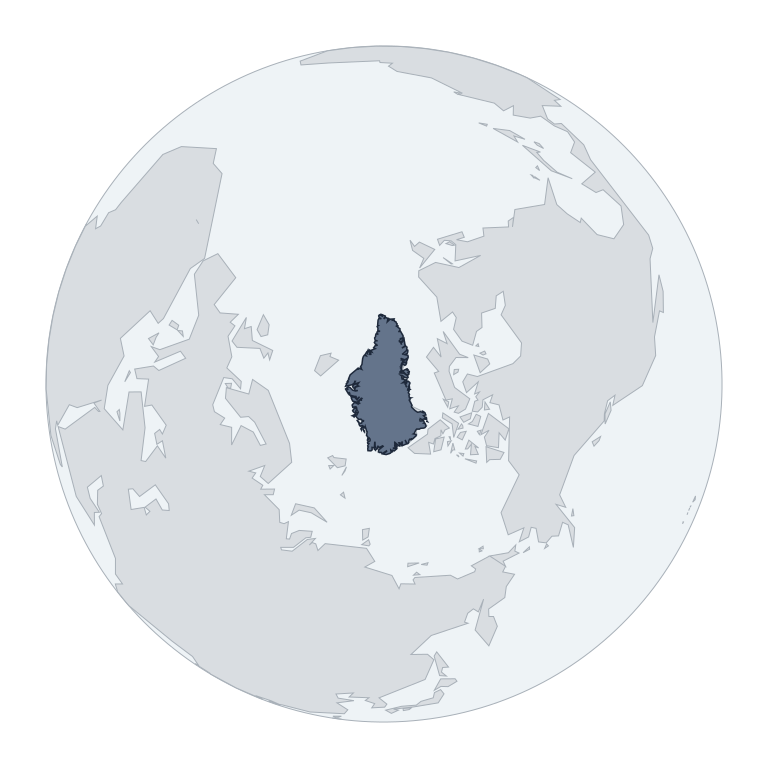 the Earth from above Greenland, rotated 172°
{"feature_id": "GRL", "entity_name": "Greenland", "entity_type": "country or territory", "adm_level": 0, "iso_a3": "GRL", "parent_name": "North America", "parent_adm1": "", "projection": "orthographic", "projection_center": [-41.68, 71.708], "detail": "fine", "context": "on_globe", "style": "filled", "palette": "slate", "viewbox_px": 768, "rotation_deg": 172, "n_neighbors": 0, "source": "natural_earth", "source_scale": "50m", "svg_char_len": 16557}
<svg xmlns="http://www.w3.org/2000/svg" viewBox="0 0 768 768"><g transform="rotate(172 384 384)"><circle cx="384" cy="384" r="338" fill="#eef3f6" stroke="#a8b0b8"/><path d="M207.0,671.9L199.6,667.2L170.0,641.2L175.8,641.2L170.2,634.4L188.5,637.7L185.1,623.8L179.0,617.7L172.1,617.3L152.9,593.1L148.2,577.3L101.2,494.6L99.0,480.9L103.1,471.0L109.2,407.4L96.5,453.9L94.7,436.9L97.4,415.9L101.0,418.1L109.6,393.0L111.0,374.4L128.4,346.4L160.4,331.0L156.8,340.8L164.9,336.3L169.9,323.8L171.1,316.8L205.7,286.8L225.5,249.8L221.2,236.6L230.4,240.9L215.2,215.3L219.2,195.8L221.2,218.9L226.4,222.2L232.3,209.3L238.9,209.9L245.5,204.1L252.9,206.1L253.5,219.9L258.2,221.6L262.1,212.4L272.0,208.9L265.5,222.1L282.0,217.4L286.0,240.3L262.8,275.3L271.3,290.7L264.2,333.9L271.2,331.8L273.0,347.3L281.7,350.8L277.9,358.2L288.2,354.6L290.0,347.3L295.1,343.3L300.4,344.8L296.5,354.3L293.2,355.0L294.9,358.6L290.6,362.8L295.7,361.5L290.3,373.1L303.5,364.0L305.7,375.2L300.0,382.3L290.5,378.4L253.5,386.2L244.8,392.7L242.1,405.6L258.4,436.2L252.9,445.0L253.0,459.2L260.6,455.7L263.3,443.4L277.5,440.7L279.1,426.3L285.1,423.2L290.8,410.0L300.8,415.6L307.5,428.4L303.2,439.7L306.1,445.8L318.9,438.1L319.6,462.7L334.8,485.1L333.8,491.3L316.0,497.2L293.6,488.9L270.4,497.9L296.5,496.0L293.5,512.0L297.6,516.4L304.2,517.9L309.6,513.5L310.9,519.9L285.6,523.9L284.1,518.1L292.1,516.8L281.5,513.2L264.5,516.5L264.3,524.7L238.8,522.2L238.3,528.1L232.5,531.0L234.9,521.7L230.1,538.6L200.0,539.4L192.8,565.4L187.9,537.6L178.9,527.0L167.2,516.6L165.6,520.8L152.2,502.3L136.1,495.8L124.5,508.5L124.5,527.3L140.0,545.9L147.4,544.1L160.3,554.7L145.3,564.4L167.0,587.1L161.6,597.1L167.1,608.3L179.4,615.9L191.6,627.4L202.3,627.0L218.6,632.3L217.1,641.6L227.6,637.9L235.7,646.8L269.3,660.1L266.3,661.3L294.4,680.5L327.6,691.7L335.3,698.1L331.0,700.5L343.2,702.9L343.4,704.7L394.0,709.6L421.8,711.5L422.1,715.4L401.3,720.1L393.5,721.8L369.0,721.6L344.7,719.6L320.5,715.9L296.6,710.4L273.2,703.3L250.4,694.4L228.3,683.9L207.0,671.9ZM92.0,226.1L94.8,224.0L91.1,229.8L92.0,226.1ZM97.9,219.7L96.7,221.0L98.0,219.3L97.9,219.7ZM99.8,216.5L98.5,218.8L99.8,216.3L99.8,216.5ZM102.1,212.3L101.0,214.5L101.0,214.3L102.1,212.3ZM188.7,571.9L213.7,601.1L196.8,591.9L200.5,592.1L194.7,583.1L183.0,569.6L169.0,561.1L188.7,571.9ZM106.6,205.7L107.8,204.0L107.0,205.9L106.6,205.7ZM205.8,568.3L201.2,564.0L206.1,567.2L205.8,568.3ZM170.6,313.6L169.3,323.6L162.4,334.8L162.8,326.3L170.6,313.6ZM184.7,293.2L185.9,297.8L176.8,301.9L178.9,298.0L184.7,293.2ZM216.7,227.2L214.3,234.3L214.3,227.2L216.7,227.2ZM245.2,203.0L243.7,200.8L247.8,198.8L245.2,203.0ZM284.9,407.9L287.7,409.0L285.2,410.8L284.9,407.9ZM284.7,401.2L279.7,402.6L278.8,399.7L281.9,398.9L284.7,401.2ZM262.8,200.1L269.7,197.6L262.7,202.5L262.8,200.1ZM291.0,400.2L277.9,394.3L276.5,389.2L287.2,381.8L291.0,400.2ZM273.8,197.8L290.7,192.0L289.0,186.5L303.3,199.0L284.3,199.6L275.9,206.3L277.7,200.3L273.8,197.8ZM288.2,344.3L286.5,352.2L283.0,344.3L288.2,344.3ZM284.7,340.3L266.6,322.3L271.8,311.6L276.8,319.7L279.5,305.0L291.0,308.6L292.0,317.4L286.4,323.6L295.1,320.3L284.7,340.3ZM308.6,207.0L312.7,207.7L308.5,209.6L308.6,207.0ZM296.9,341.2L292.7,338.4L296.9,328.9L305.9,332.7L301.7,334.6L296.9,341.2ZM274.7,299.5L279.4,293.2L289.9,294.4L293.2,292.1L291.7,307.7L274.7,299.5ZM303.4,337.5L310.4,335.0L313.3,340.8L301.2,343.3L303.4,337.5ZM294.2,324.8L296.6,320.6L298.2,324.2L294.2,324.8ZM327.4,360.7L322.4,357.3L324.1,352.1L327.4,360.7ZM312.8,333.7L311.8,331.7L311.9,329.3L317.0,328.9L312.8,333.7ZM299.2,307.5L302.6,309.4L300.4,301.2L308.2,301.9L305.8,312.3L310.1,308.1L312.5,308.3L307.8,316.6L299.2,307.5ZM322.4,321.4L322.1,335.1L331.0,342.4L329.7,347.2L315.6,334.7L322.4,321.4ZM314.3,317.8L319.0,321.1L315.0,325.4L309.2,325.7L314.3,317.8ZM314.3,298.7L303.0,294.9L303.9,292.8L314.3,298.7ZM325.8,322.6L325.8,319.3L326.9,322.7L325.8,322.6ZM318.8,305.1L314.6,304.0L315.8,301.6L318.8,305.1ZM329.3,313.7L329.2,318.1L325.3,318.4L329.3,313.7ZM325.1,309.1L327.7,306.1L324.0,315.9L323.1,308.9L325.1,309.1ZM320.5,303.0L319.9,301.2L322.1,303.8L320.5,303.0ZM344.2,310.0L340.5,322.4L331.8,323.1L336.7,310.9L344.2,310.0ZM596.1,120.9L596.8,122.0L610.1,133.4L607.0,131.6L611.5,140.8L629.5,158.7L659.6,191.4L667.3,199.8L670.2,204.3L676.7,215.2L677.9,223.4L670.8,222.4L676.4,233.2L674.2,248.7L684.6,292.3L681.7,295.0L684.6,304.7L682.3,318.6L676.1,322.0L676.7,332.7L692.1,323.1L690.9,311.6L683.7,296.6L688.7,297.1L690.4,284.6L704.4,315.5L712.6,387.2L706.0,383.7L673.7,401.1L670.6,396.6L670.1,396.5L669.2,396.4L673.9,405.5L665.9,407.4L691.1,403.3L698.5,407.3L712.8,388.6L713.3,393.1L715.6,385.2L714.1,346.6L715.7,349.4L721.0,379.4L719.3,425.9L715.4,450.1L709.7,474.0L702.3,497.4L693.3,520.2L682.6,542.2L670.3,563.5L656.5,583.8L657.4,582.1L644.6,590.2L648.0,577.9L642.6,579.9L632.8,592.0L625.6,593.9L618.9,600.4L571.0,642.1L551.6,647.3L517.2,640.4L522.4,626.2L515.1,614.9L544.2,533.3L559.7,525.3L593.3,479.5L599.2,475.5L605.4,489.1L638.7,465.9L637.5,447.9L657.6,421.1L664.5,398.5L649.0,374.9L637.6,411.6L625.6,410.0L626.7,373.9L635.2,342.0L630.8,340.4L617.0,354.3L610.4,340.9L611.3,358.6L617.3,355.9L618.0,367.0L612.5,370.2L610.4,365.3L605.4,373.5L616.8,395.5L624.2,395.2L616.4,421.6L627.9,423.7L628.8,433.5L609.8,433.9L605.1,428.7L576.8,437.1L581.0,444.8L608.0,437.6L603.4,442.6L609.3,453.5L601.2,449.2L570.6,455.5L557.9,477.9L556.5,519.1L546.0,531.1L530.4,536.2L516.0,509.9L541.1,486.3L536.4,477.2L518.5,473.3L527.7,466.6L523.5,462.3L531.8,453.0L530.9,432.1L537.4,421.8L525.0,406.4L526.7,399.2L533.6,410.3L541.8,412.7L556.5,387.3L555.8,380.2L546.5,372.4L551.8,366.6L540.9,362.3L543.4,344.8L531.3,362.7L520.1,354.6L515.0,340.4L509.1,341.0L517.4,364.2L522.6,370.6L530.6,371.0L543.0,391.9L540.6,402.3L519.3,392.9L513.5,406.8L499.5,393.8L485.8,338.3L486.3,319.3L512.5,301.6L519.4,309.6L513.4,319.9L530.0,316.5L523.4,313.8L527.7,309.2L518.1,300.6L520.7,297.0L507.0,295.2L509.1,289.8L517.8,291.0L505.3,274.2L506.5,261.5L502.4,259.6L497.8,261.0L502.3,244.3L499.1,243.6L496.4,248.8L488.3,250.8L475.6,248.1L477.9,242.4L482.8,242.6L496.4,234.8L509.0,236.6L508.6,234.0L498.2,231.2L481.6,240.7L473.4,240.6L480.4,234.9L477.2,237.0L473.8,235.2L472.6,228.3L464.5,234.1L424.2,223.7L417.8,209.6L428.5,205.4L402.8,193.3L397.6,179.1L395.1,183.8L381.1,181.6L382.5,186.0L380.3,188.1L344.9,185.4L338.3,180.7L320.3,185.5L319.0,188.1L322.8,191.8L303.3,199.0L289.0,186.5L292.6,181.4L281.2,177.4L291.1,166.4L294.1,155.7L311.7,146.6L312.5,139.2L307.9,138.5L305.5,128.3L316.6,110.1L328.0,127.7L315.3,157.1L322.3,145.2L326.8,148.9L333.0,145.3L337.4,137.0L334.1,135.4L372.2,128.4L394.9,112.4L378.5,110.3L373.0,104.0L384.4,85.7L432.6,73.9L425.7,66.6L428.3,63.9L441.2,65.0L437.7,68.8L446.6,73.2L442.6,75.4L462.1,78.9L457.3,82.3L474.7,83.7L473.1,79.3L457.8,74.6L475.0,74.8L465.2,66.4L469.2,63.0L502.9,69.5L529.4,80.4L532.1,81.2L540.0,86.1L554.6,93.3L548.0,88.6L572.8,103.7L596.1,120.9ZM545.2,568.5L547.1,573.0L545.2,568.5ZM651.8,315.4L651.9,294.9L638.7,295.2L637.6,287.4L633.5,290.5L637.7,295.3L625.8,301.9L621.1,290.1L614.3,288.6L614.0,295.4L624.5,316.0L641.7,306.6L647.3,315.2L651.8,315.4ZM270.5,660.4L274.3,663.6L268.7,661.7L270.5,660.4ZM193.2,595.0L199.1,599.2L201.8,603.0L196.9,600.5L193.2,595.0ZM246.5,625.1L253.9,629.4L245.6,626.8L246.5,625.1ZM218.0,605.0L240.4,621.9L224.3,617.5L210.3,606.7L220.8,611.5L218.0,605.0ZM200.2,573.7L203.6,577.2L201.7,578.7L200.2,573.7ZM209.3,570.6L207.7,569.9L206.6,566.7L209.3,570.6ZM294.9,511.7L297.0,511.6L303.1,514.4L299.1,515.7L294.9,511.7ZM337.1,512.3L338.2,522.8L334.6,516.0L329.2,519.6L315.0,510.2L332.6,493.9L327.1,502.9L337.1,512.3ZM300.8,493.5L307.9,501.0L299.5,493.5L300.8,493.5ZM492.3,448.9L499.2,448.1L502.1,455.5L493.8,469.4L489.5,458.7L492.3,448.9ZM508.3,445.4L489.5,432.7L493.9,423.8L494.6,430.9L499.4,426.3L501.9,436.5L524.5,440.8L528.5,447.7L511.0,469.1L514.5,458.2L507.5,459.4L508.3,445.4ZM433.7,418.7L425.6,413.9L445.6,400.8L450.9,406.9L443.0,420.9L432.1,421.9L433.7,418.7ZM312.4,388.6L308.0,388.2L309.1,385.5L313.7,383.6L312.4,388.6ZM324.9,359.5L332.7,387.9L328.1,388.8L338.2,404.8L329.9,413.4L323.7,402.7L324.9,421.5L315.9,415.2L318.1,427.8L305.0,403.0L296.9,398.4L309.0,400.2L316.8,392.4L317.8,387.6L314.6,370.8L301.1,357.4L306.8,347.8L314.3,344.6L318.4,346.4L313.4,352.0L322.4,350.3L318.4,359.8L324.9,359.5ZM399.2,316.8L391.8,321.8L409.2,321.5L405.3,330.4L407.5,329.8L408.7,338.0L414.0,347.1L410.7,350.5L414.2,352.6L415.0,358.2L418.7,362.2L414.2,370.0L418.3,375.6L413.8,376.1L422.1,383.8L413.9,381.6L414.2,388.9L422.0,387.2L388.6,420.7L380.9,437.0L379.0,451.9L365.1,446.6L358.1,429.4L356.1,407.8L365.5,393.1L357.5,393.5L359.6,386.7L365.0,389.2L358.0,381.2L361.2,376.3L359.4,358.1L347.3,350.0L346.3,343.3L352.7,344.0L347.3,336.8L358.7,333.7L358.3,328.9L369.1,321.1L381.6,325.5L380.2,319.8L388.3,313.9L399.2,316.8ZM347.6,308.1L363.4,311.0L369.1,317.5L347.9,328.3L346.7,333.1L333.3,340.7L325.4,331.3L330.0,330.0L332.6,326.5L334.0,330.8L334.8,324.8L341.1,322.9L343.4,317.7L347.9,320.0L347.6,308.1ZM599.7,466.0L603.1,462.1L607.1,454.9L610.9,461.8L599.7,466.0ZM579.1,470.8L581.3,466.4L588.6,472.3L585.0,476.5L579.1,470.8ZM576.2,459.1L580.8,465.7L576.2,464.6L576.2,459.1ZM534.9,405.9L536.5,401.0L539.1,402.0L541.1,406.6L534.9,405.9ZM450.0,318.7L444.8,320.3L443.8,318.1L431.9,315.0L433.9,308.4L441.8,307.6L450.0,318.7ZM650.7,384.1L652.3,393.7L649.7,395.6L649.6,391.9L650.7,384.1ZM633.5,430.6L640.4,422.3L634.4,432.6L633.5,430.6ZM450.1,310.9L445.0,310.3L449.2,307.3L450.1,310.9ZM434.7,303.3L438.5,299.3L432.7,307.2L434.7,303.3ZM534.2,81.6L542.6,86.0L541.9,85.9L530.7,80.4L534.2,81.6ZM472.4,61.0L475.8,60.3L478.6,60.7L480.8,62.2L472.4,61.0ZM459.6,255.0L474.0,266.6L485.6,270.9L494.1,266.9L488.2,277.7L470.3,271.0L459.6,255.0ZM428.4,228.0L420.9,231.9L420.0,227.3L421.5,225.8L428.4,228.0ZM426.8,232.4L425.6,242.8L418.6,243.1L421.0,234.8L426.8,232.4ZM438.5,276.4L442.6,280.3L439.1,282.5L438.5,276.4ZM481.6,60.5L480.9,60.3L472.7,58.0L474.2,58.4L481.6,60.5ZM410.3,57.9L410.3,60.0L402.0,59.5L404.3,58.1L410.3,57.9ZM374.7,60.7L399.7,60.1L419.8,60.7L415.1,59.0L422.5,56.8L427.8,60.8L411.4,62.4L396.7,61.5L391.5,64.6L378.9,66.4L377.0,71.4L370.5,73.5L367.7,68.8L374.7,60.7ZM376.8,73.7L368.9,84.1L354.6,82.2L353.1,79.5L362.7,75.4L369.7,76.6L376.8,73.7ZM362.8,86.1L369.5,87.5L372.2,107.6L369.1,111.4L359.5,94.7L365.4,95.1L367.2,90.7L362.8,86.1ZM313.0,204.5L312.8,207.4L310.2,205.1L313.0,204.5ZM381.4,190.6L377.9,193.1L375.0,190.2L381.4,190.6ZM366.6,198.6L372.3,200.1L365.3,200.9L366.6,198.6ZM385.2,203.2L374.1,201.9L386.0,199.8L385.2,203.2Z" fill="#d9dde1" stroke="#a8b0b8" stroke-width="1"/><path d="M391.7,313.8L394.9,314.9L390.8,316.8L390.9,317.4L395.5,315.3L396.4,316.8L397.9,316.8L399.0,317.6L398.4,319.5L393.5,322.4L394.0,323.0L397.4,321.8L398.6,323.2L399.1,322.6L399.1,321.1L400.2,320.5L400.6,321.1L401.1,322.4L401.4,324.0L401.0,327.2L401.2,328.1L402.4,322.3L404.7,322.9L404.9,320.4L406.2,319.6L409.2,320.2L409.0,322.9L408.2,323.9L408.7,324.5L408.8,325.1L407.3,327.0L408.4,327.5L408.4,328.6L405.7,329.7L405.5,331.3L406.1,332.6L406.9,332.5L407.7,334.6L408.5,335.4L407.3,339.1L407.7,339.6L408.5,344.6L409.1,343.1L411.1,343.6L411.7,344.2L410.0,344.6L411.0,345.8L413.4,345.6L413.9,346.2L414.3,347.4L414.3,348.3L411.6,348.4L410.7,350.2L409.6,349.9L409.4,350.6L410.6,350.9L411.7,352.4L414.1,352.5L414.3,353.2L415.4,354.3L416.1,355.7L416.6,357.5L415.0,357.2L413.9,359.4L412.9,359.2L414.0,359.8L414.8,358.8L415.6,360.2L415.5,361.2L415.8,361.2L415.8,359.1L416.4,358.8L418.3,360.8L418.8,361.9L416.5,364.2L415.0,363.9L414.8,362.5L414.3,362.1L414.7,363.1L414.3,363.9L414.7,364.3L414.7,365.1L415.2,365.4L418.2,365.3L418.5,367.6L416.2,369.6L414.6,369.3L412.4,367.7L411.9,368.9L410.2,367.8L411.8,369.3L410.2,371.5L408.0,370.9L409.4,371.7L407.9,372.8L408.4,373.1L413.1,369.7L417.4,371.4L418.3,374.3L418.0,374.7L418.4,376.0L414.7,374.8L412.9,372.0L410.0,374.8L412.8,372.9L413.7,375.1L413.0,376.0L414.0,375.5L419.7,377.9L419.2,379.6L419.5,380.2L419.8,380.9L419.7,379.8L420.6,379.2L422.8,384.4L421.3,385.3L420.5,383.1L420.8,385.6L419.6,386.0L418.1,385.2L416.0,382.3L413.1,381.0L410.8,381.2L413.3,381.5L413.9,382.6L412.5,384.9L409.3,385.4L410.3,386.1L410.2,387.3L408.7,388.9L413.7,388.0L412.0,390.6L412.6,390.7L413.0,389.3L415.6,387.7L422.3,387.2L421.1,389.0L421.3,389.5L419.8,390.3L420.3,391.1L419.2,391.4L419.5,392.2L418.0,393.8L418.3,394.2L416.2,397.8L409.0,402.3L407.8,402.2L408.2,402.9L407.4,403.4L404.2,401.7L404.7,402.7L404.3,403.0L404.9,404.2L403.1,406.5L401.6,412.2L400.6,414.1L399.4,415.3L397.7,414.4L398.4,416.1L396.8,418.0L396.3,417.0L396.1,418.3L395.1,417.9L393.6,419.7L392.9,419.0L394.4,415.4L392.3,415.1L393.3,415.8L392.5,417.9L391.6,417.4L392.4,419.1L387.7,420.2L389.2,421.4L387.5,423.1L385.5,423.3L385.8,424.2L386.6,423.9L387.8,426.5L386.3,428.0L384.3,427.6L386.7,428.5L386.9,430.9L385.7,432.2L385.5,433.6L384.8,434.8L382.7,433.9L384.1,435.3L383.4,436.7L380.6,436.8L382.7,437.7L382.2,440.1L382.8,441.8L381.5,442.6L382.2,442.8L381.0,448.1L380.0,449.5L377.5,449.0L379.5,450.3L379.8,452.2L379.2,452.9L377.3,452.3L378.1,453.3L377.4,453.5L375.9,452.8L376.6,450.8L375.4,452.3L373.2,451.1L373.3,450.1L374.4,449.7L375.1,448.5L373.2,449.7L371.4,448.6L371.2,447.6L372.1,445.1L369.1,447.2L365.3,447.1L366.6,445.9L364.9,445.7L364.9,444.6L363.5,443.9L363.3,442.5L362.7,442.0L363.0,441.5L362.7,440.3L364.3,439.3L362.1,439.5L362.4,438.2L360.5,436.5L360.8,435.1L362.4,433.4L360.6,434.5L358.5,429.3L358.6,427.2L362.1,426.5L361.5,426.5L361.7,425.9L358.7,426.7L358.4,426.0L359.9,424.1L361.4,423.7L362.2,423.8L362.9,425.2L362.8,423.7L361.9,423.2L361.1,420.5L361.4,423.0L360.0,423.7L360.3,422.9L360.0,423.0L357.9,425.8L357.9,420.3L357.4,419.1L361.3,417.1L357.5,418.4L356.1,417.3L356.7,415.2L356.2,414.6L362.0,410.7L357.2,413.9L355.7,413.9L356.0,412.4L356.7,411.1L359.4,410.2L356.5,409.1L356.2,408.1L356.8,406.5L360.0,405.1L363.9,407.1L362.9,406.0L363.4,405.4L360.4,404.7L357.0,405.8L359.1,402.2L362.3,403.7L363.5,402.0L361.1,402.6L358.7,401.6L359.7,400.0L360.7,399.6L362.6,400.9L363.7,400.7L364.6,399.7L363.6,399.9L364.3,397.7L366.0,397.7L364.4,397.2L365.4,394.6L366.4,394.0L366.2,393.1L366.7,392.7L362.9,391.9L359.8,389.1L359.2,387.3L360.0,386.7L362.5,387.7L364.7,389.9L366.3,390.4L365.2,389.1L365.6,387.6L364.7,386.5L366.1,386.8L362.6,385.1L362.5,384.3L365.4,382.6L362.2,382.6L363.0,381.4L362.7,381.4L362.4,378.4L362.8,378.0L362.2,378.2L362.6,380.8L361.3,382.0L361.1,383.1L359.7,383.4L358.3,381.9L358.3,381.1L359.5,378.8L360.7,377.6L359.2,378.3L359.2,377.6L359.9,377.5L359.5,376.8L360.8,376.3L361.5,374.7L360.1,373.6L361.2,371.9L360.2,370.2L360.9,369.2L360.8,366.9L359.2,366.5L360.2,366.2L360.5,365.0L361.3,364.6L359.2,359.0L359.9,358.3L359.8,357.1L357.0,353.4L354.6,351.3L351.5,351.5L349.4,350.2L349.4,351.6L349.2,351.5L347.6,350.0L346.9,347.6L349.3,347.1L347.6,345.2L348.3,344.4L346.7,344.7L346.8,343.1L349.7,343.8L351.1,343.3L352.9,344.7L353.1,344.1L353.6,343.5L353.4,342.3L349.9,342.1L349.3,340.1L350.1,339.7L348.8,339.2L348.2,336.4L349.5,335.1L350.7,334.8L354.0,335.0L355.1,334.4L358.0,334.8L359.2,333.6L361.0,330.8L361.8,330.5L359.2,329.6L359.4,328.3L363.5,325.5L364.3,325.5L364.5,326.6L364.8,325.5L365.2,324.9L366.4,325.7L367.2,324.4L367.8,322.4L368.7,321.7L369.6,322.2L370.9,325.7L369.8,321.6L374.0,320.5L374.4,321.7L373.9,324.6L374.6,323.5L374.9,322.5L374.8,322.1L375.1,320.9L376.4,323.6L377.5,323.7L376.8,321.7L376.8,320.4L377.6,320.4L381.4,324.8L381.6,324.4L381.6,323.0L382.0,321.4L382.0,320.8L381.1,319.2L384.2,319.3L380.5,318.0L383.1,316.3L384.3,317.2L384.9,315.9L386.5,317.8L386.6,316.8L386.0,315.6L387.4,314.6L391.7,313.8ZM361.0,390.6L363.0,393.4L363.1,394.6L359.0,395.9L358.3,394.9L359.4,394.8L359.1,394.3L357.2,392.8L357.7,391.5L358.6,391.7L357.9,390.4L359.0,389.6L361.0,390.6ZM414.9,384.4L415.4,386.0L414.1,387.5L410.6,388.2L410.8,385.5L412.8,385.3L414.0,383.9L414.9,384.4ZM381.4,323.1L380.0,321.4L379.7,319.9L380.5,319.5L381.5,320.8L381.6,321.2L381.4,323.1ZM408.3,330.7L407.6,332.3L406.8,331.8L408.0,330.2L408.3,330.7ZM418.2,355.4L418.8,356.4L419.9,357.0L417.7,357.7L417.2,356.3L418.2,355.4ZM416.0,352.3L414.5,350.4L413.9,348.9L414.4,349.1L416.0,352.3ZM360.9,375.0L359.7,376.1L358.8,375.0L360.7,374.7L360.9,375.0ZM402.7,320.9L402.5,321.1L401.5,319.9L401.6,319.6L402.7,320.9ZM364.9,395.2L364.4,395.2L364.5,393.4L365.8,393.6L364.9,395.2ZM411.2,341.9L411.1,342.2L410.0,340.1L410.2,339.5L411.2,341.9ZM347.4,341.3L346.5,341.3L346.2,340.7L347.4,341.3ZM361.8,385.1L360.8,385.3L360.8,385.0L361.6,384.2L361.8,385.1ZM413.2,342.8L412.7,343.2L412.9,342.0L413.2,342.8ZM371.1,446.6L370.4,448.2L369.3,447.4L371.1,446.6ZM364.8,387.4L363.9,387.2L364.3,386.6L364.8,387.4ZM395.5,419.1L395.0,419.9L394.8,419.0L395.5,419.1Z" fill="#64748b" stroke="#1e293b" stroke-width="1.5"/></g></svg>